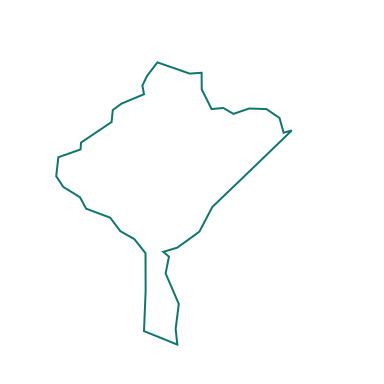 Warren, Georgia, United States of America (orthographic projection), rotated 65°
{"feature_id": "52423323B82578708002026", "entity_name": "Warren", "entity_type": "district", "adm_level": 2, "iso_a3": "USA", "parent_name": "United States of America", "parent_adm1": "Georgia", "projection": "orthographic", "projection_center": [-82.674, 33.431], "detail": "fine", "context": "isolated", "style": "outline", "palette": "teal", "viewbox_px": 384, "rotation_deg": 65, "n_neighbors": 0, "source": "geoboundaries", "source_scale": "gbopen_adm2", "svg_char_len": 667}
<svg xmlns="http://www.w3.org/2000/svg" viewBox="0 0 384 384"><g transform="rotate(65 192 192)"><path d="M67.9,183.8L74.6,192.0L83.1,194.2L82.1,218.6L84.3,229.2L94.6,235.3L100.3,271.7L106.3,275.0L104.0,298.4L120.3,308.4L133.0,306.5L149.5,295.7L162.4,295.0L180.7,277.0L197.2,273.5L210.3,264.2L227.8,260.0L262.2,275.9L297.8,294.3L324.1,269.8L309.2,264.7L287.9,251.3L254.6,250.3L240.9,240.2L234.1,243.3L236.2,228.9L232.0,206.8L231.0,202.0L214.1,179.8L201.6,143.0L178.4,75.6L177.0,83.9L161.9,81.4L148.3,89.5L140.5,104.9L138.7,121.4L129.1,128.1L125.1,139.2L103.1,139.8L88.0,132.9L83.7,144.1L59.9,168.6L67.9,183.8Z" fill="none" stroke="#0f766e" stroke-width="2"/></g></svg>